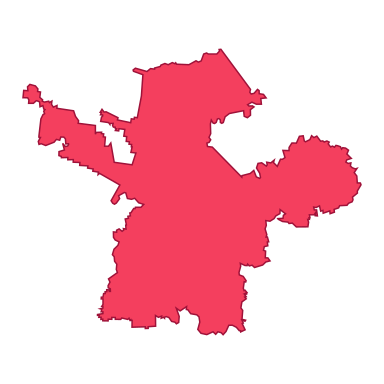 San Juan Evangelista, Veracruz, Mexico (Mercator projection), rotated 180°
{"feature_id": "50627088B44496108616070", "entity_name": "San Juan Evangelista", "entity_type": "district", "adm_level": 2, "iso_a3": "MEX", "parent_name": "Mexico", "parent_adm1": "Veracruz", "projection": "mercator", "projection_center": [-95.168, 17.762], "detail": "fine", "context": "isolated", "style": "filled", "palette": "rose", "viewbox_px": 384, "rotation_deg": 180, "n_neighbors": 0, "source": "geoboundaries", "source_scale": "gbopen_adm2", "svg_char_len": 5980}
<svg xmlns="http://www.w3.org/2000/svg" viewBox="0 0 384 384"><g transform="rotate(180 192 192)"><path d="M133.5,294.6L163.1,334.7L164.9,334.5L164.5,332.9L167.2,330.0L175.7,330.0L177.4,331.0L180.3,330.0L182.8,323.1L185.6,321.9L188.0,323.2L195.1,319.3L207.5,319.8L208.3,321.2L209.1,320.3L211.7,321.4L215.8,319.3L219.1,320.5L223.1,318.9L223.8,317.5L229.4,316.0L229.4,314.9L233.5,315.4L237.0,312.5L248.6,315.8L250.9,314.0L250.5,312.7L241.1,309.3L242.6,288.0L246.7,266.3L249.6,266.7L249.9,264.8L252.7,265.2L253.3,261.3L266.6,264.1L266.0,266.3L277.9,272.2L279.9,271.9L282.0,274.7L283.8,271.7L282.6,271.5L283.5,269.2L281.4,269.1L281.3,268.1L282.5,266.8L283.3,262.6L275.4,261.4L274.1,259.6L274.0,260.5L270.9,260.6L271.4,258.4L270.6,256.9L268.8,256.8L268.7,255.4L267.5,255.2L268.6,253.5L265.3,253.1L265.0,255.3L259.2,254.6L260.2,247.8L257.3,247.4L257.8,242.6L254.6,242.2L255.0,239.8L252.4,239.5L252.7,237.2L251.9,237.1L253.1,231.6L248.1,231.0L251.9,219.2L269.8,221.7L273.2,241.0L275.5,237.8L279.4,237.8L278.6,246.9L280.7,247.2L280.3,250.1L282.6,250.4L282.4,251.8L287.8,251.6L288.6,249.8L288.6,258.5L305.8,260.7L305.4,263.3L308.5,267.6L310.4,273.2L327.1,275.7L327.0,278.5L330.7,276.9L332.5,279.7L332.1,282.9L334.6,281.4L335.3,282.8L339.6,281.9L341.8,282.8L341.4,284.2L344.2,286.6L343.5,292.0L346.4,292.5L346.1,295.1L348.6,298.1L354.1,299.6L356.5,297.2L356.1,293.3L360.3,293.6L361.0,286.3L356.3,286.2L355.1,284.0L355.4,280.7L350.6,280.7L347.7,283.3L346.7,283.1L344.4,282.1L344.0,277.2L341.1,278.4L340.2,274.9L339.0,274.4L340.3,272.8L339.4,270.3L341.0,269.4L343.1,265.1L345.1,247.7L345.0,246.6L343.6,246.5L345.7,242.6L345.0,239.6L342.8,240.3L338.3,238.5L329.9,241.8L327.6,244.6L324.3,243.8L323.2,247.0L320.2,246.9L318.6,245.2L318.2,240.1L315.5,240.3L315.4,239.5L316.4,237.9L318.7,237.5L321.3,240.6L319.6,234.0L325.0,232.4L325.1,228.4L322.7,227.6L322.6,226.3L316.2,226.5L316.2,224.2L310.7,224.4L310.8,221.8L304.1,221.5L304.3,218.6L296.1,218.1L296.4,215.9L290.8,215.0L291.2,212.8L285.6,211.9L285.9,209.4L284.4,210.6L264.1,199.0L272.9,183.3L271.3,180.8L269.5,179.8L267.7,180.9L264.4,185.4L265.4,188.3L259.7,191.5L258.2,191.1L256.6,185.5L252.5,184.7L249.3,185.7L245.3,181.2L240.3,179.6L243.1,176.7L248.6,176.7L248.9,175.4L250.3,175.5L253.0,171.3L254.2,171.0L253.6,168.2L256.1,167.7L255.6,165.7L258.8,165.0L257.6,159.1L258.3,158.9L258.0,154.9L260.6,155.4L260.3,153.9L261.9,152.7L264.9,155.1L267.4,153.8L267.4,151.8L270.6,152.1L270.5,146.6L268.8,144.0L264.9,142.1L266.1,138.6L270.0,134.8L271.6,129.3L269.8,127.3L269.4,122.7L267.2,119.8L267.7,114.6L266.6,111.4L275.5,105.1L274.0,101.9L275.9,98.4L275.8,96.2L273.7,95.2L273.6,92.6L274.6,92.6L274.7,94.1L277.3,94.3L277.2,92.4L278.9,92.3L278.8,90.5L280.4,90.4L281.0,86.9L282.7,86.8L282.8,85.1L281.0,85.1L281.0,79.6L282.2,77.7L281.1,77.7L281.1,75.9L283.8,75.2L282.2,74.7L282.9,72.2L281.1,72.2L281.1,70.4L286.5,69.5L286.5,68.6L284.7,68.6L285.2,66.7L282.9,66.7L283.1,64.6L281.2,64.8L281.2,63.2L275.9,63.1L275.8,64.8L272.2,64.7L272.2,66.6L268.7,66.5L268.7,64.7L263.3,64.6L262.2,66.0L256.3,64.6L255.0,65.8L254.4,64.2L253.3,64.4L253.6,63.5L251.9,63.6L252.0,56.8L238.7,57.2L238.7,55.5L235.8,55.6L235.8,57.3L228.4,57.8L228.5,68.5L225.6,66.7L222.4,67.9L222.8,65.8L220.5,66.7L219.5,65.8L219.5,66.8L217.8,67.4L215.1,66.5L212.4,62.6L209.0,61.8L207.6,60.2L205.3,61.5L204.8,67.6L207.7,75.8L203.9,73.1L197.4,77.4L197.7,74.5L196.1,74.2L193.3,70.3L187.2,69.2L185.0,67.1L184.2,61.9L186.2,54.6L183.0,50.7L177.2,49.4L171.0,52.2L168.3,49.7L166.1,52.2L162.8,51.3L160.9,49.3L158.0,52.5L155.2,58.7L151.7,58.8L147.6,56.7L144.7,53.3L143.4,53.3L143.3,52.1L138.9,54.2L141.8,60.4L140.7,60.9L142.1,63.9L139.0,62.8L138.4,63.8L142.0,64.7L141.3,73.6L143.1,76.1L142.1,82.1L137.8,85.2L139.3,86.9L137.8,87.3L139.3,89.2L136.7,90.3L138.9,90.5L137.0,91.4L139.0,93.8L139.9,93.4L140.7,95.7L139.8,102.3L138.3,102.0L137.9,103.3L140.8,107.6L144.7,109.1L145.0,111.5L143.3,117.8L143.7,120.7L139.0,118.5L136.9,118.4L136.4,119.9L134.7,118.1L131.9,118.8L129.5,116.5L121.3,119.0L118.2,122.0L114.0,123.1L116.1,126.1L118.7,126.2L118.4,132.9L120.5,133.7L119.7,137.4L116.2,138.2L116.7,142.0L115.3,142.2L116.6,147.0L117.9,146.9L117.2,149.4L118.9,155.1L117.7,158.6L118.2,163.4L114.0,162.8L109.9,165.4L108.2,168.1L104.1,170.4L103.9,174.4L98.5,170.2L100.6,168.7L101.0,165.7L106.2,165.4L105.7,164.7L101.5,162.5L96.0,161.9L95.0,160.5L91.7,160.9L87.7,157.1L76.1,157.2L75.4,161.9L76.3,164.6L74.6,164.6L75.0,166.2L74.0,166.2L74.6,169.2L69.9,169.2L68.5,171.2L68.8,168.3L66.6,168.1L67.4,174.1L69.7,174.1L70.3,176.9L67.9,176.5L64.5,178.1L63.3,172.8L61.1,173.6L60.8,170.8L54.2,173.1L53.9,170.3L49.6,171.8L49.9,174.6L45.4,176.1L44.4,178.3L37.0,178.7L35.5,180.7L31.9,182.2L31.0,184.2L31.5,186.9L26.6,190.9L26.7,192.9L23.0,199.2L23.6,201.0L26.7,201.1L27.2,208.0L29.8,211.4L27.0,215.6L28.7,215.1L31.8,216.3L33.6,218.0L33.1,221.1L35.9,220.6L38.1,221.9L37.3,224.1L32.7,225.6L37.1,230.0L35.5,233.8L38.4,235.9L41.3,236.3L42.4,234.9L43.6,237.3L46.5,238.3L48.1,238.6L49.5,236.8L51.5,237.9L53.4,237.1L55.8,240.1L54.8,241.9L57.1,243.0L59.8,242.0L61.2,243.1L63.4,242.8L67.2,247.9L70.1,246.4L72.4,248.3L74.1,244.4L78.5,242.2L79.7,243.0L80.8,248.2L84.6,247.7L87.6,240.9L92.1,241.0L94.9,236.6L95.0,233.4L101.1,233.6L99.0,226.4L101.6,224.7L103.5,224.8L106.7,217.6L110.5,221.4L109.8,223.9L113.2,221.1L117.3,221.8L116.8,219.2L117.7,217.9L122.3,221.2L126.0,220.6L127.5,216.0L124.3,210.7L123.5,206.6L124.3,205.6L127.7,207.1L130.2,213.6L133.8,210.5L142.0,208.4L142.2,206.8L171.7,236.9L176.5,237.5L177.1,240.9L174.9,241.6L173.3,244.2L175.0,246.6L173.3,250.3L173.6,260.1L172.7,263.9L170.9,260.9L169.4,260.5L167.8,261.6L166.6,265.0L165.1,265.4L163.8,264.4L163.6,261.5L162.2,260.7L160.7,261.5L158.9,267.2L154.6,270.5L140.4,273.3L139.8,267.7L136.6,266.3L133.5,268.8L133.6,274.3L130.0,277.1L131.5,278.1L135.1,278.0L136.4,279.3L132.1,281.8L127.7,279.8L122.6,279.8L123.2,285.5L117.9,286.1L120.5,289.6L124.8,290.3L124.9,293.4L126.5,294.6L129.9,290.7L132.8,290.0L134.2,291.7L133.5,294.6Z" fill="#f43f5e" stroke="#9f1239" stroke-width="1.5"/></g></svg>